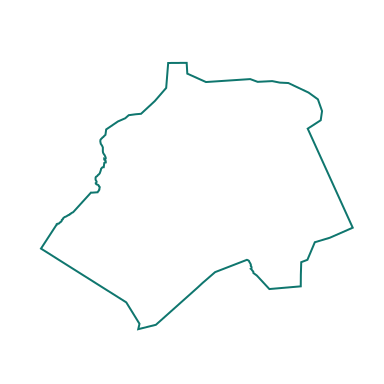 outline of Baacagaan, Bayanhongor, Mongolia, rotated 174°
{"feature_id": "93677404B78729167349448", "entity_name": "Baacagaan", "entity_type": "district", "adm_level": 2, "iso_a3": "MNG", "parent_name": "Mongolia", "parent_adm1": "Bayanhongor", "projection": "mercator", "projection_center": [99.824, 45.619], "detail": "fine", "context": "isolated", "style": "outline", "palette": "teal", "viewbox_px": 384, "rotation_deg": 174, "n_neighbors": 0, "source": "geoboundaries", "source_scale": "gbopen_adm2", "svg_char_len": 2664}
<svg xmlns="http://www.w3.org/2000/svg" viewBox="0 0 384 384"><g transform="rotate(174 192 192)"><path d="M348.1,151.5L268.9,89.1L258.0,66.4L259.8,61.2L241.8,63.7L196.5,96.3L190.9,100.5L177.4,109.9L144.5,118.8L143.5,118.3L142.6,117.6L142.3,116.6L141.8,115.5L141.6,115.1L141.4,114.6L141.2,114.1L141.1,113.6L141.1,113.1L141.3,112.7L141.2,112.1L140.8,111.7L140.7,111.2L140.7,110.3L141.0,109.7L141.3,109.5L141.5,109.4L141.3,109.2L141.1,109.0L140.8,108.8L140.7,108.4L140.3,107.7L139.9,107.1L139.4,106.5L139.4,105.9L139.4,105.0L136.3,102.2L125.2,87.4L93.7,86.8L92.4,98.3L90.7,110.8L84.3,112.5L75.1,129.2L59.7,132.1L35.9,139.7L70.3,242.9L56.5,249.9L54.2,258.9L57.1,271.0L65.7,278.7L84.8,290.3L93.2,291.6L100.6,293.9L115.2,294.7L122.3,298.2L166.6,299.9L184.3,310.2L183.8,321.0L202.2,322.8L206.8,298.2L219.4,286.4L234.5,275.1L240.0,275.2L246.9,275.0L250.7,272.3L258.3,269.9L270.8,263.2L272.1,257.9L273.7,256.7L274.5,255.9L275.3,255.6L275.8,255.0L276.4,254.6L276.9,254.2L277.3,253.7L277.6,253.4L277.9,252.0L277.8,250.8L277.7,249.5L277.1,248.4L276.8,247.8L276.4,246.9L276.1,245.9L276.0,245.4L276.1,244.8L276.2,243.8L276.3,242.9L276.4,242.1L276.4,241.3L276.3,240.3L275.9,239.3L275.5,238.5L275.1,237.9L274.8,237.0L274.5,236.2L274.4,235.7L274.3,235.2L274.2,234.7L274.5,234.4L274.8,234.1L275.2,234.0L275.8,234.3L275.8,233.9L275.9,233.4L275.6,233.1L275.1,233.0L274.8,232.8L274.7,232.4L274.7,232.1L274.9,231.7L274.6,231.2L274.6,230.9L274.6,230.6L274.7,230.4L275.1,230.5L275.6,230.3L276.2,230.1L277.2,225.9L278.0,226.0L278.5,225.9L278.9,225.6L279.5,225.0L279.9,224.7L280.3,223.5L280.8,222.3L281.2,221.5L281.6,220.6L282.1,219.9L283.0,219.1L283.5,218.9L284.7,217.7L285.8,217.2L286.3,216.6L286.5,215.6L286.6,214.6L286.4,213.5L286.0,212.9L285.8,212.4L285.8,212.0L286.0,211.6L286.4,211.1L286.8,210.9L286.8,210.6L286.5,210.5L286.4,210.3L286.4,210.0L286.3,209.7L286.0,209.5L285.3,209.2L284.7,208.9L284.4,208.6L284.1,208.2L284.0,207.9L284.0,207.4L283.8,207.2L283.5,207.0L283.3,206.7L283.3,206.2L283.5,205.8L283.7,205.2L283.7,204.7L283.8,204.4L284.1,204.1L284.1,203.7L284.4,203.4L284.6,203.0L285.0,202.7L285.4,202.3L285.7,202.0L285.9,201.6L291.7,201.8L292.5,202.0L312.0,184.6L312.8,184.1L313.5,183.9L314.1,183.7L314.4,183.5L314.9,183.0L315.2,182.9L315.8,182.8L316.2,182.2L316.4,182.1L317.2,182.1L317.7,181.7L318.2,181.6L319.1,181.1L320.1,180.7L321.3,180.4L322.7,179.5L323.2,178.9L323.3,178.4L323.6,178.2L324.0,178.1L324.4,177.8L324.5,177.1L324.6,176.9L325.0,176.5L325.8,175.8L326.1,175.6L326.7,175.5L327.1,175.1L327.4,174.7L328.1,174.4L328.6,174.4L329.1,174.5L329.9,174.2L330.1,174.0L330.1,173.3L330.4,173.1L330.8,172.8L348.1,151.5Z" fill="none" stroke="#0f766e" stroke-width="2"/></g></svg>